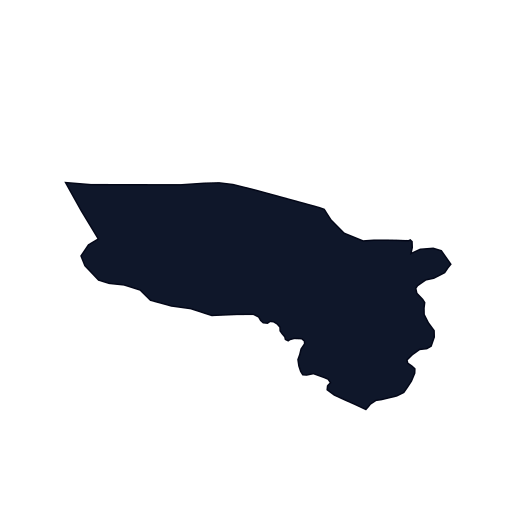 Al Firdous, Eastern Darfur, Sudan (Natural Earth projection), rotated 124°
{"feature_id": "16777658B1174782743239", "entity_name": "Al Firdous", "entity_type": "district", "adm_level": 2, "iso_a3": "SDN", "parent_name": "Sudan", "parent_adm1": "Eastern Darfur", "projection": "natural_earth1", "projection_center": [25.904, 10.88], "detail": "fine", "context": "isolated", "style": "filled", "palette": "ink", "viewbox_px": 512, "rotation_deg": 124, "n_neighbors": 0, "source": "geoboundaries", "source_scale": "gbopen_adm2", "svg_char_len": 1880}
<svg xmlns="http://www.w3.org/2000/svg" viewBox="0 0 512 512"><g transform="rotate(124 256 256)"><path d="M321.8,79.1L317.8,78.6L314.9,78.4L308.6,75.8L305.0,71.8L293.3,61.1L286.5,57.2L280.4,57.1L272.8,57.2L264.4,58.9L260.7,61.2L260.1,65.1L260.0,70.3L257.8,72.7L250.3,71.2L242.0,68.1L237.3,62.6L232.8,60.4L223.5,62.9L218.3,66.6L215.0,75.8L210.5,83.9L205.2,87.6L200.3,90.1L198.8,93.5L197.0,101.8L193.5,105.5L190.3,105.5L180.9,101.9L175.0,96.2L164.3,90.3L158.4,90.3L153.9,89.9L148.0,105.3L150.5,113.4L158.6,123.6L167.4,128.9L161.6,131.2L156.8,134.7L156.7,135.5L156.4,137.1L158.1,138.1L158.2,138.3L159.1,139.7L159.8,140.7L164.3,148.0L167.5,152.9L167.6,153.0L168.8,154.9L177.0,167.1L181.5,172.9L183.1,174.9L183.6,175.5L184.3,178.8L185.8,186.0L187.5,194.1L187.8,195.7L187.5,197.5L185.4,208.0L185.2,209.0L184.7,211.4L184.5,212.5L184.2,214.0L180.6,222.4L180.1,223.4L179.2,225.6L180.5,230.6L201.6,293.0L207.4,308.9L209.6,315.0L216.0,327.5L224.8,339.8L239.1,358.2L289.1,432.6L301.6,454.9L306.5,445.3L316.4,425.7L323.0,411.4L329.9,396.5L330.0,396.2L340.4,401.1L353.0,401.1L353.8,401.1L359.7,392.4L364.0,373.0L360.8,362.4L353.8,349.3L352.0,343.3L349.0,333.0L351.7,318.7L346.2,302.6L344.7,298.0L344.4,297.5L336.1,280.6L335.3,277.7L333.4,271.2L332.1,266.5L330.0,259.3L328.6,257.5L314.8,238.8L308.7,229.8L305.8,225.5L305.6,224.2L305.2,220.7L305.0,219.8L306.5,216.7L306.8,216.2L307.3,212.7L305.3,208.9L302.4,207.8L300.7,204.7L300.5,200.5L301.6,196.3L304.6,194.1L305.8,190.9L306.9,186.9L308.7,185.0L308.7,184.8L308.3,181.9L306.4,181.2L303.0,178.3L299.0,171.9L299.4,168.3L301.6,166.6L307.1,166.6L307.9,166.6L313.2,164.6L318.4,163.3L322.8,159.3L323.3,158.8L326.7,154.4L328.3,150.8L326.4,147.5L321.4,142.6L318.6,131.5L317.8,127.3L319.4,123.3L322.9,124.0L323.1,123.9L323.7,124.0L327.1,122.2L327.5,113.4L325.6,101.8L323.7,91.2L321.8,79.1Z" fill="#0f172a" stroke="#020617" stroke-width="1.5"/></g></svg>